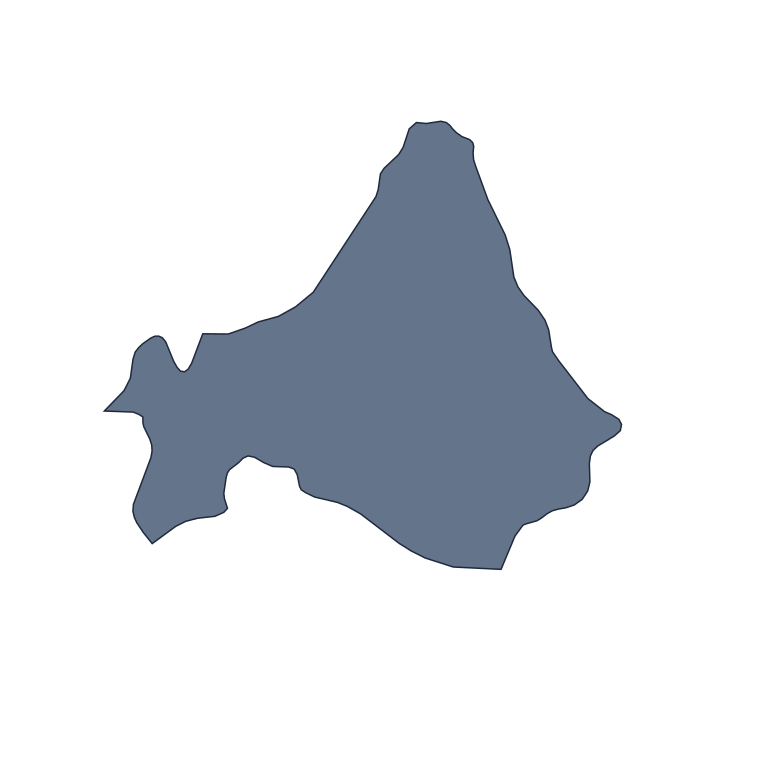 map outline of Bouira (Robinson projection), rotated 301°
{"feature_id": "DZA-2210", "entity_name": "Bouira", "entity_type": "Province", "adm_level": 1, "iso_a3": "DZA", "parent_name": "Algeria", "parent_adm1": "", "projection": "robinson", "projection_center": [3.808, 36.278], "detail": "fine", "context": "isolated", "style": "filled", "palette": "slate", "viewbox_px": 768, "rotation_deg": 301, "n_neighbors": 0, "source": "natural_earth", "source_scale": "10m", "svg_char_len": 1731}
<svg xmlns="http://www.w3.org/2000/svg" viewBox="0 0 768 768"><g transform="rotate(301 384 384)"><path d="M618.3,349.9L595.6,378.0L574.1,411.2L563.9,422.7L542.7,440.1L536.2,448.8L532.0,458.2L526.7,478.1L521.7,489.0L515.3,497.2L501.4,508.9L498.4,511.9L494.1,521.3L476.5,566.4L473.9,587.3L474.9,594.9L474.7,603.5L471.7,608.4L465.8,610.6L458.1,608.2L440.8,599.1L434.6,597.4L428.5,598.0L421.4,601.1L406.2,610.9L397.3,613.7L387.2,613.3L378.3,609.4L371.5,603.6L366.4,597.7L361.9,593.5L356.7,590.5L350.9,588.3L345.6,585.6L336.4,577.0L334.4,575.8L321.1,574.6L285.4,579.8L262.8,537.6L256.1,509.2L254.9,493.6L255.2,479.1L260.6,430.9L260.2,415.5L258.5,405.0L251.4,382.8L250.5,373.1L250.7,367.6L252.8,364.3L261.6,356.3L264.8,350.9L263.8,345.1L256.0,331.1L254.7,321.5L254.5,310.5L252.3,304.5L247.7,301.3L242.0,300.0L231.0,295.7L227.0,295.6L222.7,296.8L207.8,303.0L203.4,306.4L196.8,313.9L191.5,312.8L183.5,307.2L172.8,293.2L164.1,284.7L154.7,278.8L127.8,267.5L132.7,254.3L137.8,243.5L141.1,238.7L145.6,234.3L151.8,231.2L201.0,222.1L207.1,219.7L212.1,216.3L216.1,211.7L223.6,200.2L226.4,197.5L231.6,194.2L231.7,189.6L230.8,183.6L216.8,158.2L244.4,164.6L258.3,163.6L275.9,156.1L283.3,154.3L289.0,155.0L294.3,156.5L303.2,160.4L306.9,162.9L309.0,166.2L309.5,170.2L307.7,175.2L295.1,192.1L291.7,198.1L290.2,202.9L291.8,206.8L296.0,208.5L302.8,208.4L333.7,202.8L346.6,224.7L360.5,236.3L372.4,244.2L387.5,258.6L404.5,268.4L426.2,276.1L540.5,280.6L547.7,278.9L562.3,272.7L569.0,273.0L588.4,278.4L596.7,278.5L615.7,274.2L624.8,277.1L629.1,286.1L638.5,297.4L640.2,302.8L639.6,307.3L638.1,311.1L636.7,316.6L636.2,323.4L637.6,331.6L636.6,335.7L633.9,338.5L628.2,341.2L622.5,345.2L618.3,349.9Z" fill="#64748b" stroke="#1e293b" stroke-width="1.5"/></g></svg>